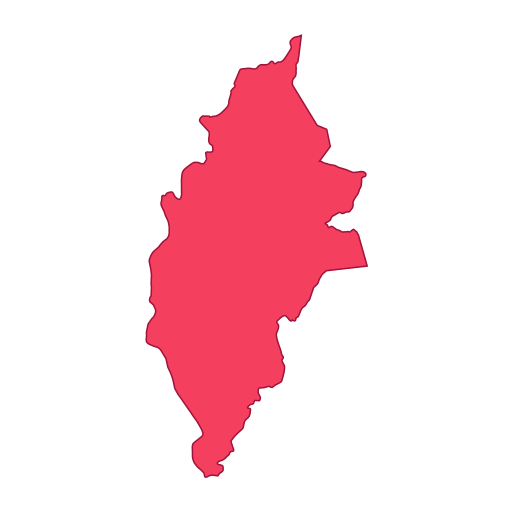 San Antonio, Intibucá, Honduras, rotated 355°
{"feature_id": "27666195B78525968217176", "entity_name": "San Antonio", "entity_type": "district", "adm_level": 2, "iso_a3": "HND", "parent_name": "Honduras", "parent_adm1": "Intibucá", "projection": "robinson", "projection_center": [-88.465, 13.939], "detail": "fine", "context": "isolated", "style": "filled", "palette": "rose", "viewbox_px": 512, "rotation_deg": 355, "n_neighbors": 0, "source": "geoboundaries", "source_scale": "gbopen_adm2", "svg_char_len": 6097}
<svg xmlns="http://www.w3.org/2000/svg" viewBox="0 0 512 512"><g transform="rotate(355 256 256)"><path d="M320.4,40.1L317.2,41.0L313.9,41.4L313.0,41.6L311.4,42.5L309.8,44.0L308.9,45.1L308.5,46.4L308.6,47.8L309.1,49.4L309.3,50.4L309.1,51.7L308.7,52.8L305.8,56.7L302.1,61.4L299.9,63.6L298.0,64.7L297.2,64.9L295.8,64.7L294.8,64.8L294.0,65.1L292.5,65.9L291.7,66.0L291.1,65.8L290.6,65.4L290.0,64.2L289.6,63.8L289.0,63.5L288.4,63.4L287.3,63.9L285.6,65.6L284.1,66.2L282.2,66.4L278.6,65.9L277.6,65.9L276.4,66.3L274.8,67.2L273.1,69.0L271.9,69.5L270.0,69.5L266.8,68.6L264.4,68.3L259.0,68.4L257.0,68.6L256.4,69.0L255.4,70.6L253.2,74.9L249.5,81.7L249.4,82.3L249.4,82.9L250.0,84.5L249.8,85.3L249.2,86.0L247.3,87.4L245.5,89.2L245.4,91.4L244.4,94.3L242.7,98.5L242.0,102.2L241.3,103.7L240.4,104.9L238.0,107.1L234.0,110.4L232.0,111.6L229.7,112.7L227.8,113.1L224.6,113.2L222.5,113.6L222.0,113.5L221.8,112.9L221.5,112.6L215.0,111.9L214.2,112.4L213.1,113.3L211.8,114.9L211.6,116.2L211.9,117.4L214.8,121.4L219.7,127.7L220.1,128.4L220.0,131.3L219.1,135.3L219.0,137.6L219.2,138.9L219.7,140.1L220.3,140.8L221.6,141.7L222.2,142.9L222.4,144.1L222.4,145.4L222.2,146.9L221.8,148.0L221.3,148.4L220.0,148.5L218.6,148.5L216.5,148.1L215.7,148.3L215.0,148.6L214.9,149.1L214.9,150.2L215.0,152.6L215.2,154.7L215.2,155.4L213.5,157.7L212.0,159.4L211.1,159.5L209.9,159.3L209.0,159.0L207.4,158.1L206.1,157.7L203.8,157.4L202.1,157.4L199.6,158.6L194.8,161.6L192.3,163.4L191.0,164.7L190.2,165.9L189.5,167.8L189.1,169.6L188.4,173.5L187.2,188.7L186.2,191.4L185.3,192.6L184.6,192.9L183.9,192.8L182.9,192.3L181.8,191.3L180.9,190.3L180.1,189.1L179.3,186.9L178.9,186.1L178.2,185.2L177.5,184.8L175.5,184.9L173.6,185.3L172.2,186.0L171.3,187.4L170.7,187.9L170.1,188.0L169.3,187.6L168.8,187.6L168.1,187.7L167.5,188.2L167.2,190.5L166.8,192.5L166.0,194.9L165.9,196.6L166.4,198.6L168.3,203.5L169.4,208.0L170.8,211.6L171.6,214.3L171.9,216.8L172.1,219.3L171.6,224.7L171.4,226.4L171.0,227.5L170.5,228.8L169.1,230.7L168.2,231.4L166.2,232.6L164.3,233.9L161.5,236.6L159.9,238.5L154.8,242.3L153.5,243.4L152.5,244.7L151.3,246.5L150.2,248.7L149.5,250.2L149.2,251.5L149.2,252.7L150.1,260.4L150.2,265.9L149.1,274.3L149.1,278.1L148.3,284.6L147.9,286.6L146.8,288.2L146.4,289.2L146.1,290.4L146.1,291.4L146.2,292.0L146.4,292.5L149.5,295.7L151.1,300.1L151.2,301.2L151.2,302.5L151.0,303.4L150.5,304.7L148.9,307.5L148.2,308.2L146.9,309.2L143.4,313.3L142.5,314.6L140.2,322.4L140.0,326.0L139.4,329.2L139.3,330.8L139.5,331.8L139.7,332.5L141.1,334.0L142.6,335.0L144.2,335.8L145.8,336.7L150.3,338.6L152.3,340.4L153.4,342.3L157.4,350.5L158.5,359.1L160.6,364.8L161.7,368.5L162.5,372.3L163.5,380.5L164.2,382.4L166.4,387.2L169.1,391.7L175.4,402.8L177.0,405.4L178.9,409.0L183.0,416.0L186.2,422.9L187.2,425.7L187.7,427.6L187.7,428.3L187.4,429.5L186.7,430.7L186.2,431.1L178.8,436.0L177.3,437.1L176.8,437.7L176.3,439.0L175.9,440.5L175.5,447.2L175.2,450.2L175.3,452.1L175.7,454.1L176.1,455.5L176.6,456.8L179.5,461.3L182.5,464.3L184.9,467.2L185.3,468.1L185.7,471.3L186.4,471.9L187.7,471.9L190.1,470.9L192.4,470.4L193.9,470.6L198.9,471.7L199.6,470.6L200.6,469.6L201.9,468.7L203.4,467.9L204.3,467.0L204.6,466.2L204.8,464.7L204.8,463.2L204.6,462.3L204.1,461.8L203.2,461.3L200.1,460.3L199.5,459.3L199.4,458.9L199.6,458.5L200.3,457.9L201.5,457.2L204.5,456.6L207.0,455.3L208.2,454.4L209.9,452.9L211.8,451.6L212.9,449.4L213.3,448.9L213.9,448.7L216.1,448.5L216.6,448.1L216.9,447.5L216.8,446.8L215.3,440.4L215.0,438.6L215.0,438.0L219.2,433.5L223.3,430.1L226.8,427.5L227.7,426.7L228.2,425.8L229.9,420.7L230.5,419.2L232.1,417.8L234.2,416.2L235.3,415.0L236.2,412.9L237.2,408.5L237.0,407.8L236.8,407.5L234.5,406.7L234.4,406.1L234.8,405.5L235.8,404.6L236.9,403.8L238.0,403.4L239.5,403.2L240.4,402.9L240.9,402.2L241.6,400.6L242.2,399.8L246.4,400.4L246.9,400.4L247.2,400.0L247.7,398.9L248.0,397.5L247.7,396.1L246.6,393.5L246.3,392.4L246.5,389.5L247.3,388.3L247.9,387.8L252.9,387.8L257.4,386.9L257.9,387.0L259.1,388.0L260.8,388.3L263.7,386.4L269.3,384.0L270.1,383.5L270.6,382.9L271.9,379.7L273.8,374.3L274.5,371.3L274.8,369.0L274.8,368.1L274.5,367.2L273.0,363.6L272.7,362.5L272.9,361.6L274.3,359.9L274.3,358.9L274.0,358.0L273.3,357.1L273.0,356.0L272.4,352.2L271.0,346.7L269.8,341.4L269.4,337.2L269.4,336.0L269.6,335.0L271.8,330.5L272.4,328.3L272.3,326.5L271.4,325.2L271.0,324.1L270.9,323.3L271.2,322.8L274.5,320.1L275.7,319.3L277.8,318.2L279.6,317.8L280.1,318.0L281.5,319.4L282.5,320.8L283.6,322.6L284.6,323.6L285.2,323.8L285.8,323.7L286.1,323.5L286.2,323.0L286.4,322.9L287.4,323.5L288.5,324.0L289.1,324.0L289.5,323.8L289.9,323.2L290.6,321.0L292.3,320.4L293.1,319.6L296.1,313.8L297.3,312.1L298.1,311.3L300.1,310.2L300.7,309.7L301.5,308.8L303.4,306.0L304.5,305.2L305.6,304.1L309.0,296.2L310.0,294.3L310.2,293.2L310.6,292.5L314.8,289.2L315.5,288.1L317.2,284.5L320.3,280.1L324.8,276.8L365.9,275.7L359.8,243.6L359.3,243.1L358.6,241.2L358.3,240.5L357.4,239.9L356.0,238.3L355.4,237.9L354.3,238.4L352.4,239.8L351.5,240.2L351.0,240.2L350.1,239.7L349.1,239.6L347.8,239.9L346.2,239.6L344.1,239.7L341.5,237.9L338.6,236.7L335.3,233.8L334.2,233.1L333.8,233.0L333.0,233.2L331.4,234.0L330.7,234.0L330.3,233.3L330.1,232.1L329.7,231.2L327.8,229.7L327.9,229.4L328.7,228.9L330.9,228.1L333.0,226.8L333.6,226.1L334.1,224.8L334.6,224.1L335.4,223.1L338.3,221.9L341.1,220.5L342.5,220.0L343.6,220.0L344.3,220.2L345.1,221.1L346.4,221.2L347.1,221.1L349.3,220.1L352.7,220.1L353.6,219.4L356.5,216.2L357.2,213.5L357.3,211.0L357.8,209.8L359.3,207.4L361.6,204.6L363.0,202.8L364.1,200.7L364.8,198.7L365.9,197.2L366.7,195.6L367.0,194.8L367.5,192.1L367.8,190.4L367.7,189.1L368.0,188.2L368.5,187.4L369.2,186.8L371.2,186.4L371.9,186.0L372.4,185.1L372.7,183.9L372.3,183.1L371.5,182.2L370.6,181.6L369.3,181.2L367.6,181.0L365.5,181.2L361.5,181.3L360.4,181.3L359.4,181.0L353.2,177.8L346.0,174.9L342.5,172.7L336.5,171.1L335.0,170.3L331.5,169.1L329.4,167.5L327.5,167.1L339.6,153.4L337.5,136.0L328.3,131.2L307.4,89.1L307.2,87.1L307.7,84.4L308.2,83.3L311.0,80.2L311.4,79.3L311.7,78.1L312.0,76.4L312.0,74.8L312.4,73.1L312.4,69.3L313.0,67.9L314.2,66.9L314.8,65.6L316.1,60.3L320.4,40.1Z" fill="#f43f5e" stroke="#9f1239" stroke-width="1.5"/></g></svg>